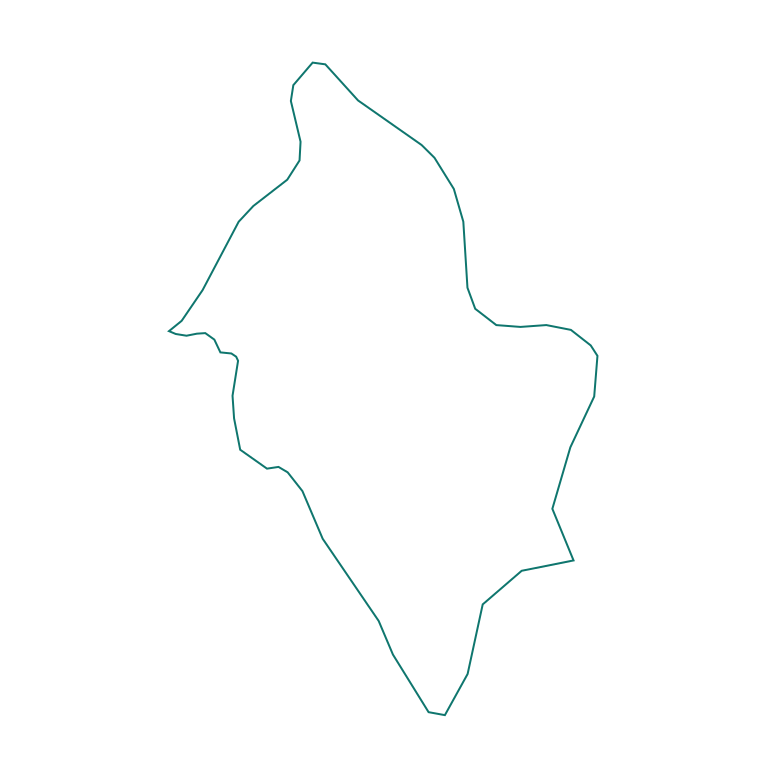 map outline of Ormož (Robinson projection), rotated 227°
{"feature_id": "SVN-1047", "entity_name": "Ormož", "entity_type": "Municipality", "adm_level": 1, "iso_a3": "SVN", "parent_name": "Slovenia", "parent_adm1": "", "projection": "robinson", "projection_center": [16.169, 46.439], "detail": "fine", "context": "isolated", "style": "outline", "palette": "teal", "viewbox_px": 768, "rotation_deg": 227, "n_neighbors": 0, "source": "natural_earth", "source_scale": "10m", "svg_char_len": 838}
<svg xmlns="http://www.w3.org/2000/svg" viewBox="0 0 768 768"><g transform="rotate(227 384 384)"><path d="M569.3,262.8L568.2,279.1L576.4,315.4L601.8,388.4L603.3,409.9L599.4,452.6L605.1,474.7L618.1,488.2L654.5,508.9L664.4,521.5L667.0,544.5L667.7,551.0L657.8,559.1L609.1,558.4L533.1,574.5L515.0,575.2L479.0,568.1L448.6,552.7L397.5,510.7L376.8,502.0L350.5,506.3L332.7,522.7L316.4,542.9L296.1,557.6L271.2,561.5L259.0,559.3L231.5,529.2L210.6,477.1L177.9,422.0L125.7,402.3L153.5,357.3L155.5,305.9L114.9,247.4L100.3,202.7L113.6,192.8L180.0,206.0L214.3,218.5L312.6,233.6L361.3,251.3L385.1,253.3L395.3,250.3L401.9,240.7L434.0,234.0L461.1,250.9L478.7,265.2L500.5,293.1L504.8,294.5L510.4,293.2L518.7,285.9L532.2,290.2L543.1,288.0L548.4,281.5L554.0,272.5L562.6,265.8L568.2,263.3L569.3,262.8Z" fill="none" stroke="#0f766e" stroke-width="2"/></g></svg>